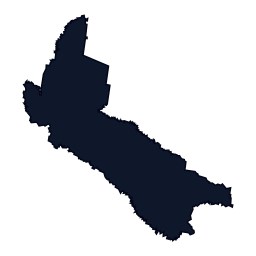 Murray River, New South Wales, Australia (Mercator projection)
{"feature_id": "25037944B78114295205688", "entity_name": "Murray River", "entity_type": "district", "adm_level": 2, "iso_a3": "AUS", "parent_name": "Australia", "parent_adm1": "New South Wales", "projection": "mercator", "projection_center": [144.402, -35.23], "detail": "fine", "context": "isolated", "style": "filled", "palette": "ink", "viewbox_px": 256, "rotation_deg": 0, "n_neighbors": 0, "source": "geoboundaries", "source_scale": "gbopen_adm2", "svg_char_len": 5813}
<svg xmlns="http://www.w3.org/2000/svg" viewBox="0 0 256 256"><path d="M26.9,80.8L25.5,82.3L25.8,83.7L23.7,84.6L25.7,87.7L25.9,90.1L25.5,91.5L23.8,91.3L23.3,92.7L24.0,95.9L23.4,97.6L24.6,98.0L25.4,99.9L24.8,101.5L25.2,103.2L23.8,103.1L24.5,104.2L25.3,103.9L24.7,105.2L25.3,104.6L25.4,106.2L26.7,106.6L25.5,107.0L26.2,107.8L25.4,108.6L26.1,109.4L25.7,110.5L26.5,111.7L27.8,111.4L27.9,113.1L30.8,116.6L29.9,120.2L30.9,120.1L30.4,121.4L31.2,122.6L36.8,122.2L39.1,125.9L43.9,125.0L45.0,126.0L48.5,123.8L50.3,125.9L50.0,127.5L48.5,128.1L49.6,130.6L49.3,131.9L50.5,131.7L51.3,133.7L50.0,136.4L49.1,136.4L48.4,140.8L52.1,142.6L52.5,144.3L53.9,144.7L54.3,147.0L55.6,146.5L55.4,148.0L57.0,148.5L58.1,146.7L59.2,146.8L59.1,145.0L60.7,145.3L60.9,144.6L61.8,146.6L62.7,145.8L62.8,147.3L63.7,146.7L63.4,147.7L66.5,147.8L67.1,146.9L69.0,147.6L69.5,149.6L68.5,150.5L69.2,150.6L68.9,151.5L71.7,151.4L74.5,153.3L74.0,154.4L78.4,156.4L78.7,158.6L80.0,158.4L80.5,159.4L83.7,160.4L83.6,161.1L86.5,161.1L86.3,162.0L90.1,161.2L90.4,162.4L89.3,162.9L90.6,165.2L92.8,165.7L93.1,166.9L92.1,168.0L94.1,169.1L94.5,168.0L96.6,168.2L97.2,167.3L98.0,169.1L99.7,170.0L99.5,170.8L103.9,172.6L105.2,177.0L106.6,178.9L107.8,179.7L108.8,179.1L109.8,182.7L112.3,182.6L113.1,184.5L115.0,184.6L115.8,185.6L115.3,187.1L118.6,189.0L120.6,193.1L121.6,191.5L123.5,191.0L124.0,191.7L123.4,193.2L126.7,193.0L125.8,194.7L128.9,194.8L129.1,197.0L130.0,197.0L129.5,197.5L130.2,198.4L131.7,198.0L130.7,200.4L131.8,200.3L131.8,200.7L130.9,200.6L130.5,201.6L132.5,201.4L131.2,203.0L132.2,203.1L132.7,203.5L131.3,203.6L132.5,204.2L132.2,205.5L133.1,205.3L133.0,206.3L134.0,206.8L134.8,206.3L135.3,206.4L134.3,207.5L135.2,207.9L134.5,209.1L136.0,210.7L134.9,212.1L136.6,211.6L135.8,212.9L136.5,212.3L136.8,213.9L138.9,216.0L140.3,216.6L140.9,215.8L140.6,216.7L141.5,216.7L140.9,217.4L142.2,217.3L142.3,218.3L142.6,217.8L143.1,217.8L142.4,219.0L143.2,218.8L143.7,220.2L144.5,218.9L144.4,220.4L145.9,219.8L145.4,220.9L146.5,220.7L145.9,223.5L149.8,224.6L150.2,226.0L150.8,225.2L151.6,227.2L153.2,227.6L152.8,229.1L155.2,229.6L156.1,228.2L156.4,230.1L155.4,232.2L156.4,234.0L157.4,232.5L156.4,231.7L157.2,232.0L157.1,230.8L157.9,230.3L159.0,231.4L160.0,230.9L160.2,233.7L163.6,231.9L163.2,236.3L166.7,235.1L167.5,235.7L166.7,238.6L168.2,239.0L168.0,238.4L168.9,237.8L170.3,239.7L172.1,238.9L172.8,240.6L174.9,238.5L174.7,239.4L175.9,239.8L176.4,238.6L175.7,237.8L176.7,238.1L176.1,237.1L177.1,237.9L179.3,236.9L179.3,234.7L180.2,234.5L179.8,233.4L180.8,233.5L180.8,232.5L181.3,233.3L181.5,231.7L188.6,232.7L190.2,234.7L193.6,233.4L194.2,232.2L193.8,230.4L192.2,229.6L191.6,226.5L189.9,225.8L189.9,224.7L187.7,222.9L187.9,221.0L191.1,219.3L190.3,215.5L192.9,209.5L192.5,206.6L194.6,206.4L195.5,205.2L197.4,206.1L200.6,203.2L201.7,203.6L204.7,202.1L204.9,203.5L207.2,201.5L208.3,202.7L208.6,201.6L209.5,203.3L209.8,202.5L211.7,202.8L211.2,204.4L214.0,204.2L214.9,203.3L218.3,204.3L218.5,203.0L220.7,202.8L222.2,203.4L221.9,205.3L223.4,204.6L225.8,206.6L228.7,205.3L232.3,207.1L232.7,205.0L230.6,204.7L231.0,198.1L230.4,198.0L230.6,194.6L229.5,194.5L230.6,187.8L226.3,188.7L222.4,184.0L220.9,185.2L217.8,184.2L215.5,185.3L212.3,183.1L209.2,183.0L209.5,182.1L207.0,180.6L205.9,178.1L198.4,175.8L197.6,173.7L196.7,173.7L195.1,171.6L184.8,170.1L185.9,161.8L184.5,161.0L184.3,159.6L181.5,158.8L179.5,155.7L177.1,155.8L177.1,155.0L174.9,154.2L171.9,154.6L172.3,153.9L171.3,154.1L170.9,151.7L169.4,152.1L168.8,150.2L164.0,150.5L164.0,149.6L163.1,149.8L162.6,148.7L159.9,147.9L160.4,145.1L158.8,144.9L159.0,143.7L157.5,142.7L155.5,143.5L154.9,142.5L154.0,143.0L153.8,141.9L154.8,142.0L154.2,139.9L153.3,140.5L153.1,139.8L152.6,140.8L151.2,139.8L150.0,140.4L149.5,138.6L147.6,138.5L148.0,137.8L146.7,136.6L147.0,135.4L145.0,136.0L144.1,134.3L143.2,134.9L143.4,134.0L143.0,134.9L142.2,133.3L141.4,134.0L141.2,132.9L141.8,133.0L140.5,132.4L141.2,132.0L138.7,131.4L138.7,130.4L137.6,131.0L137.1,130.2L137.9,129.6L136.2,129.1L137.9,127.8L136.9,126.4L137.4,125.6L135.1,125.3L135.3,124.5L134.0,124.9L134.3,123.4L133.5,123.7L133.0,122.7L132.5,123.3L133.2,123.8L132.1,124.0L132.1,122.2L131.3,122.8L130.7,121.8L130.1,122.6L130.0,121.6L129.2,122.4L124.5,120.9L124.1,122.3L123.2,120.9L121.7,121.3L121.1,120.4L120.2,121.2L120.1,120.3L119.4,121.6L117.9,120.5L118.4,119.6L117.4,120.3L117.2,119.1L116.5,119.9L114.9,119.0L116.0,118.1L114.7,118.7L114.7,117.5L112.9,118.2L112.8,117.5L111.9,118.4L111.5,117.4L110.0,118.5L108.9,116.6L108.6,117.7L107.5,117.2L107.2,115.3L105.0,115.1L104.9,114.4L104.3,115.0L104.7,113.8L103.4,113.9L103.6,113.3L102.6,113.3L101.6,111.9L98.7,111.9L99.3,110.7L98.1,110.6L98.3,109.8L102.1,108.9L102.2,107.8L104.3,107.0L102.9,105.9L104.3,104.8L106.3,105.2L106.1,104.1L107.2,104.1L109.9,85.3L105.9,84.4L108.5,66.1L83.0,55.3L85.4,38.4L87.0,38.6L87.1,37.2L85.5,36.9L86.9,24.4L85.4,24.1L85.3,22.2L85.5,20.7L87.3,20.9L87.6,18.5L86.2,19.3L84.5,18.0L84.1,15.4L81.7,15.9L81.1,17.7L77.0,18.1L77.4,19.3L76.8,19.9L75.3,19.5L73.3,21.3L72.8,20.4L71.3,20.8L70.4,21.9L71.3,22.1L71.1,22.8L68.1,23.4L67.7,25.0L66.0,26.1L66.7,26.4L65.7,26.6L66.2,27.8L65.2,27.7L65.9,28.6L64.9,29.7L65.6,31.5L63.8,31.8L64.2,34.1L62.7,35.2L61.6,34.1L60.8,34.5L61.1,36.0L60.0,37.0L61.4,37.9L60.0,39.4L58.3,39.0L58.1,41.0L56.9,41.0L57.7,42.1L56.4,42.4L56.9,43.5L55.8,44.1L56.5,45.3L57.7,45.3L55.5,46.8L56.5,46.7L56.1,47.9L57.4,47.7L57.0,48.7L58.1,49.1L57.0,49.3L57.4,50.2L56.7,50.0L56.7,50.7L55.9,50.3L55.9,51.5L54.5,51.3L54.9,52.5L53.8,52.4L55.9,53.0L55.1,59.8L52.3,59.4L52.1,60.5L50.6,60.3L51.5,61.9L50.3,62.8L49.7,65.5L46.3,65.1L46.1,68.8L43.5,74.1L40.8,91.6L41.5,91.7L41.1,95.1L39.4,94.5L40.0,92.1L38.5,89.3L40.2,88.5L39.3,86.9L37.4,86.3L36.8,87.2L36.6,85.7L33.6,85.4L33.2,83.8L31.3,82.1L30.0,83.0L28.8,82.6L29.1,80.9L28.0,83.0L27.1,83.1L26.9,80.8Z" fill="#0f172a" stroke="#020617" stroke-width="1.5"/></svg>